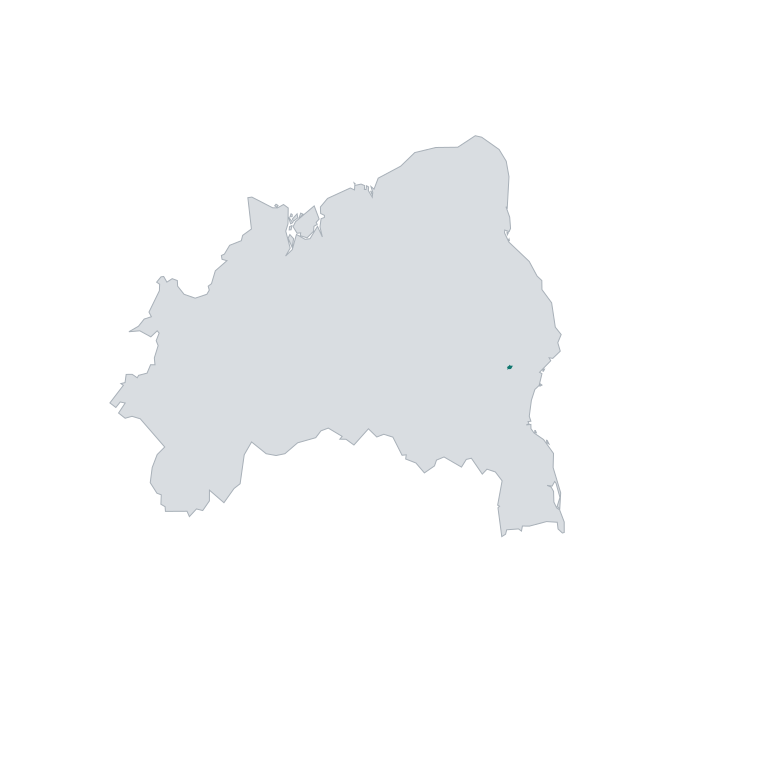 Conceição da Aparecida, Minas Gerais, Brazil (highlighted), rotated 316°
{"feature_id": "56859067B12007549634062", "entity_name": "Conceição da Aparecida", "entity_type": "district", "adm_level": 2, "iso_a3": "BRA", "parent_name": "Brazil", "parent_adm1": "Minas Gerais", "projection": "albers", "projection_center": [-46.222, -21.097], "detail": "fine", "context": "in_parent", "style": "filled", "palette": "teal", "viewbox_px": 768, "rotation_deg": 316, "n_neighbors": 0, "source": "geoboundaries", "source_scale": "gbopen_adm2", "svg_char_len": 4545}
<svg xmlns="http://www.w3.org/2000/svg" viewBox="0 0 768 768"><g transform="rotate(316 384 384)"><path d="M213.5,207.3L221.1,211.6L229.5,208.0L232.6,211.1L236.9,205.7L248.2,199.5L250.2,194.6L257.6,191.2L257.8,188.2L249.0,188.1L245.3,176.1L236.8,169.2L247.5,171.9L256.6,170.7L263.4,174.0L264.9,169.0L287.2,160.9L291.9,156.4L291.2,152.8L298.0,152.0L300.2,153.6L298.6,159.9L304.8,161.1L307.2,166.0L303.5,170.3L302.5,180.6L307.8,191.1L318.9,196.4L323.5,195.1L325.5,191.5L329.6,192.0L341.3,185.4L356.7,186.2L354.1,181.8L356.3,178.6L359.4,179.7L369.3,177.0L380.9,181.8L385.6,178.9L396.3,180.4L415.5,155.4L418.8,157.8L426.3,179.9L429.7,183.3L436.4,185.1L437.4,190.8L426.3,202.0L419.5,205.8L410.9,221.1L402.1,223.6L411.4,223.6L424.9,215.6L427.8,225.2L431.7,228.1L445.7,224.4L441.8,235.4L447.1,226.5L453.6,221.4L456.8,222.8L458.3,221.3L456.9,217.3L461.2,212.5L472.3,211.3L495.9,219.6L497.6,223.9L500.9,220.9L506.4,224.3L507.9,227.9L505.0,230.4L506.2,231.6L509.2,229.3L509.8,231.6L507.1,234.0L505.3,241.5L509.0,238.4L511.8,232.9L512.2,236.9L522.8,231.9L547.3,238.9L566.9,238.9L585.6,249.9L601.5,264.9L622.1,268.8L625.7,274.3L629.7,295.3L626.7,308.6L617.9,321.7L594.9,343.0L594.9,341.2L590.3,351.3L583.1,360.0L579.9,361.3L577.8,357.1L575.7,359.0L572.4,368.7L573.6,396.7L569.1,412.7L569.4,419.2L563.2,425.8L561.0,442.0L546.7,462.1L545.8,471.5L537.7,475.0L533.6,482.8L523.2,482.8L521.0,479.8L520.1,483.1L504.0,483.6L504.8,486.3L494.6,492.8L488.8,492.7L478.7,498.1L466.1,508.1L463.8,512.8L461.5,511.1L460.7,513.2L457.9,512.3L461.6,515.1L458.7,518.2L457.9,523.4L460.2,534.8L457.7,551.7L447.6,561.6L435.5,585.0L423.8,595.8L423.4,592.4L431.8,587.8L438.8,574.9L439.0,572.7L434.0,574.2L430.9,570.2L432.6,574.2L431.4,579.0L424.2,586.9L422.1,593.1L422.9,596.5L417.8,608.4L410.5,616.0L408.8,615.1L408.5,609.2L412.6,603.8L405.4,595.9L389.8,587.2L384.9,582.3L380.7,585.3L380.1,581.7L371.0,574.1L367.1,576.5L362.7,575.6L380.0,552.2L382.2,552.2L381.6,550.1L401.7,535.7L403.0,524.6L398.9,516.8L392.1,517.1L395.3,498.1L390.8,495.4L382.0,497.6L376.5,478.2L368.9,475.2L363.4,478.0L351.3,476.0L352.1,463.0L347.5,453.0L350.8,450.4L347.5,447.8L353.5,428.4L348.9,420.0L342.0,417.1L341.7,405.4L320.0,407.0L318.3,397.4L313.9,393.0L317.5,392.6L313.3,377.0L306.1,373.9L297.6,375.2L281.0,366.3L264.3,365.3L256.7,360.5L250.8,352.3L248.5,333.7L234.3,337.8L211.2,355.8L203.5,355.0L186.4,358.2L184.7,339.1L177.2,346.8L165.7,349.1L162.3,343.6L151.9,344.2L153.9,338.7L138.3,323.8L141.3,320.2L140.0,315.5L146.8,309.0L144.8,304.8L147.3,292.6L159.2,283.1L171.8,277.2L182.5,277.0L184.5,239.7L180.3,232.2L174.0,228.8L172.9,220.5L184.6,217.9L181.8,213.7L174.8,214.6L173.7,207.2L195.6,203.9L195.0,200.9L198.7,203.1L205.2,198.0L209.6,202.2L210.8,208.1L213.5,207.3ZM433.1,205.8L457.5,207.4L451.9,220.3L447.5,220.6L446.8,222.8L443.2,221.9L439.4,225.2L430.2,225.4L426.8,219.1L429.1,217.4L426.2,215.2L427.9,207.7L433.1,205.8ZM412.9,221.8L416.3,212.5L420.1,211.1L419.9,216.7L412.9,221.8ZM439.7,201.2L437.4,204.6L431.9,204.0L432.7,201.7L439.7,201.2ZM431.3,197.6L430.5,204.6L428.1,203.9L431.3,197.6ZM443.7,205.5L440.2,205.9L438.6,205.4L442.8,203.2L443.7,205.5ZM427.8,206.1L424.3,208.5L422.8,207.3L425.3,205.2L427.8,206.1ZM434.2,199.8L432.5,198.4L435.4,197.0L435.7,198.3L434.2,199.8ZM431.8,182.0L429.8,182.4L429.2,179.9L431.2,179.7L431.8,182.0ZM461.0,541.8L460.4,539.4L461.8,537.3L462.2,537.9L461.0,541.8ZM496.4,491.9L496.9,494.5L494.7,493.9L496.4,491.9ZM459.7,525.0L458.8,523.6L460.2,522.2L460.6,522.7L459.7,525.0ZM508.5,236.8L507.0,239.5L508.5,235.7L508.5,236.8ZM578.6,361.6L576.4,362.3L577.9,360.2L578.6,361.6ZM509.8,484.8L507.6,485.6L507.2,485.1L508.5,483.9L509.8,484.8ZM574.7,366.5L573.8,367.9L573.3,367.0L574.7,366.5ZM502.2,218.6L502.3,220.1L501.6,219.8L502.2,218.6Z" fill="#d9dde1" stroke="#a8b0b8" stroke-width="1"/><path d="M487.7,459.9L487.8,459.9L487.7,459.8L487.6,459.7L487.5,459.4L487.4,459.3L487.2,459.3L487.1,459.2L487.0,458.9L486.9,458.9L486.8,458.7L486.7,458.7L486.7,458.8L486.7,458.7L486.6,458.8L486.5,458.7L486.4,458.7L486.2,458.6L485.9,458.6L485.7,458.5L485.8,458.4L485.7,458.4L485.5,458.2L485.4,458.2L485.2,458.1L484.9,458.2L484.7,458.2L484.7,458.3L484.4,458.4L484.5,458.4L484.5,458.5L484.5,458.8L484.4,458.9L484.5,458.9L484.5,459.0L484.6,459.3L484.8,459.4L484.9,459.5L485.0,459.5L485.1,459.8L485.2,460.0L485.3,460.1L485.5,460.2L485.5,460.3L485.8,460.4L486.0,460.3L486.3,460.4L486.3,460.5L486.5,460.5L486.5,460.4L486.7,460.2L486.8,460.2L487.0,460.0L487.1,459.9L487.3,459.9L487.5,459.9L487.6,460.0L487.7,459.9L487.7,459.9Z" fill="#14b8a6" stroke="#0f766e" stroke-width="1.5"/></g></svg>